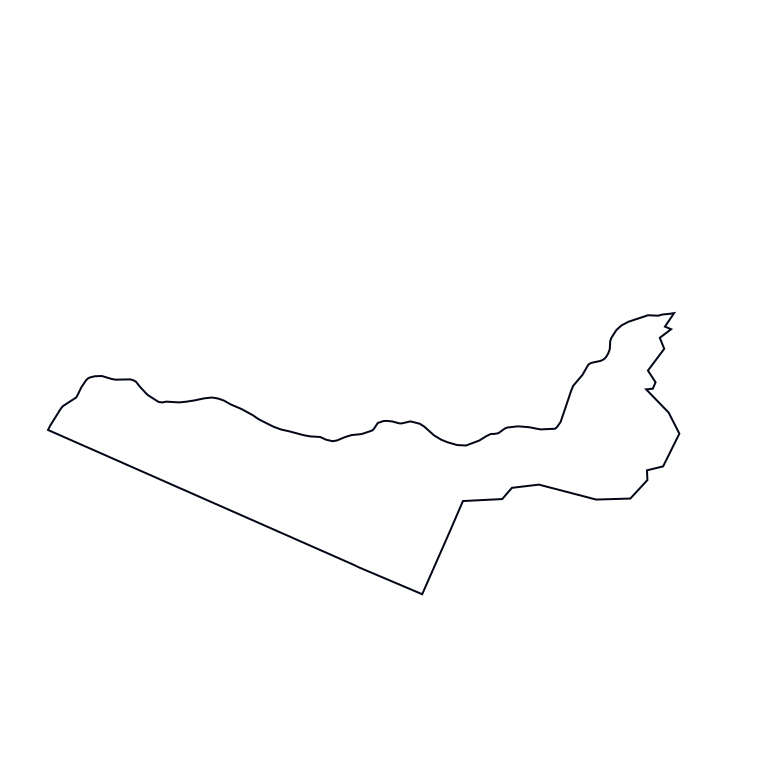 Rock Island, Illinois, United States of America (Robinson projection), rotated 23°
{"feature_id": "52423323B44322434678025", "entity_name": "Rock Island", "entity_type": "district", "adm_level": 2, "iso_a3": "USA", "parent_name": "United States of America", "parent_adm1": "Illinois", "projection": "robinson", "projection_center": [-90.569, 41.555], "detail": "fine", "context": "isolated", "style": "outline", "palette": "ink", "viewbox_px": 768, "rotation_deg": 23, "n_neighbors": 0, "source": "geoboundaries", "source_scale": "gbopen_adm2", "svg_char_len": 1732}
<svg xmlns="http://www.w3.org/2000/svg" viewBox="0 0 768 768"><g transform="rotate(23 384 384)"><path d="M659.8,360.7L673.1,350.8L675.3,314.3L657.2,299.1L627.4,286.5L633.3,283.3L633.3,276.3L621.7,268.5L628.2,242.1L619.8,233.7L626.9,221.4L620.2,221.4L623.3,205.4L619.3,207.9L612.9,211.4L609.9,213.9L600.1,217.6L584.7,231.2L579.7,237.3L576.8,243.6L576.1,247.8L575.3,252.6L575.4,256.0L578.0,263.0L578.3,264.5L578.4,268.5L578.0,271.9L577.2,274.4L575.5,276.9L573.8,278.5L567.3,283.0L565.8,284.4L564.5,286.4L563.1,298.2L558.8,311.9L558.9,316.7L561.4,349.8L560.1,356.1L559.0,358.3L545.7,364.7L534.7,367.0L524.1,370.5L519.1,373.3L514.5,375.9L512.6,377.8L508.5,384.6L506.7,385.8L505.3,386.7L501.8,388.3L498.2,392.5L493.8,398.8L483.5,408.6L475.2,411.6L465.3,412.8L458.9,412.9L458.4,412.9L450.4,411.8L437.7,407.5L432.6,406.6L429.7,407.0L422.9,408.1L415.8,413.3L413.3,414.3L406.4,415.2L400.6,417.0L397.9,418.4L393.5,422.3L392.2,429.4L391.1,431.6L383.0,438.8L374.1,443.7L369.1,447.9L362.7,454.4L359.1,456.7L352.5,457.9L346.0,457.7L336.7,461.0L330.1,462.5L315.8,464.5L306.9,466.1L298.8,466.5L285.0,465.6L281.2,465.2L275.7,464.0L262.2,462.7L251.1,462.7L243.0,461.8L237.1,462.2L232.6,463.2L230.1,464.1L223.9,467.6L215.9,473.2L208.8,477.6L202.6,481.0L190.5,485.3L187.3,487.5L183.7,488.6L171.0,486.5L168.9,485.7L160.2,481.8L154.8,478.8L151.8,478.5L148.6,478.9L135.2,484.9L131.2,485.8L121.1,486.9L115.1,489.7L113.4,490.9L110.7,492.9L109.5,494.3L108.3,496.8L106.7,505.3L106.2,515.1L105.8,516.9L97.2,529.6L96.2,532.6L93.0,552.7L92.7,557.4L92.7,557.6L426.9,562.3L432.9,562.6L501.3,562.6L502.2,494.3L502.4,460.9L537.8,443.7L542.3,429.6L565.9,416.1L624.4,407.5L655.5,393.2L664.0,369.5L659.8,360.7Z" fill="none" stroke="#020617" stroke-width="2"/></g></svg>